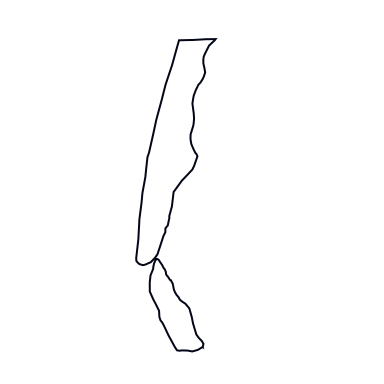 Matagi, Tuvalu (Equal Earth projection), rotated 212°
{"feature_id": "33948139B5264150563840", "entity_name": "Matagi", "entity_type": "district", "adm_level": 2, "iso_a3": "TUV", "parent_name": "Tuvalu", "parent_adm1": "", "projection": "equal_earth", "projection_center": [176.119, -5.669], "detail": "fine", "context": "isolated", "style": "outline", "palette": "ink", "viewbox_px": 384, "rotation_deg": 212, "n_neighbors": 0, "source": "geoboundaries", "source_scale": "gbopen_adm2", "svg_char_len": 1761}
<svg xmlns="http://www.w3.org/2000/svg" viewBox="0 0 384 384"><g transform="rotate(212 192 192)"><path d="M253.1,332.9L253.0,334.2L261.2,328.9L271.5,321.6L283.4,313.8L281.3,306.5L276.2,289.3L271.3,269.0L266.7,254.7L260.6,234.5L255.4,220.1L249.3,202.6L248.2,197.9L243.3,187.7L239.5,180.0L233.5,164.9L229.0,155.9L222.2,141.1L212.3,123.2L204.3,106.4L202.7,104.1L200.8,103.4L198.7,103.0L196.7,103.4L194.8,104.0L193.0,105.8L191.1,108.7L189.8,110.5L189.2,113.2L188.5,116.6L188.3,121.0L190.2,128.7L192.9,139.6L193.3,143.7L195.3,147.2L194.8,150.7L197.5,158.1L198.5,159.5L201.4,169.2L202.9,172.3L207.6,182.3L206.6,196.4L205.4,202.0L204.2,208.2L203.6,211.2L204.0,215.1L206.3,225.1L208.2,226.5L210.0,227.0L214.0,229.5L218.1,232.4L221.4,236.2L223.7,240.1L226.0,248.7L227.1,251.4L229.2,255.4L232.2,259.6L238.5,267.2L240.2,271.1L241.6,274.6L242.8,280.5L243.4,286.5L242.8,289.3L242.8,293.6L243.2,296.4L244.2,300.4L246.9,303.4L250.5,307.1L252.5,310.2L253.7,312.7L254.3,316.1L255.1,325.3L253.1,332.9ZM100.9,66.1L100.6,66.1L100.9,66.4L101.8,69.3L104.9,70.9L108.7,71.8L112.7,73.4L117.2,77.3L121.5,81.1L126.0,85.9L132.5,91.8L136.0,93.0L138.6,93.8L141.7,93.8L145.3,94.2L147.3,95.5L150.7,96.6L153.5,98.1L155.8,99.8L159.6,103.9L160.1,104.2L161.5,105.0L163.1,106.0L163.5,105.8L164.4,105.9L166.3,106.9L168.2,107.6L169.3,107.9L170.6,108.7L171.6,110.1L172.8,111.1L174.4,112.1L175.8,112.5L178.5,114.2L179.9,114.8L181.8,115.6L184.0,116.7L185.5,116.9L186.6,116.4L186.8,114.8L186.6,112.8L186.2,111.0L185.1,107.9L184.2,106.3L183.0,99.3L179.9,92.9L175.0,85.2L168.1,80.5L163.1,77.6L157.0,73.8L153.4,68.7L150.6,66.4L148.0,65.5L144.7,63.6L136.2,58.1L124.3,51.4L120.8,49.8L118.4,50.8L116.5,52.4L111.5,55.3L107.3,56.9L103.3,61.3L100.9,66.1Z" fill="none" stroke="#020617" stroke-width="2"/></g></svg>